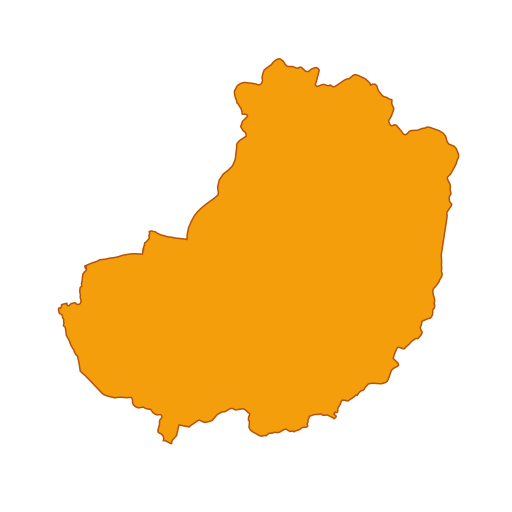 the district of Baños de Agua Santa, Tungurahua, Ecuador, rotated 9°
{"feature_id": "8360857B58135855754809", "entity_name": "Baños de Agua Santa", "entity_type": "district", "adm_level": 2, "iso_a3": "ECU", "parent_name": "Ecuador", "parent_adm1": "Tungurahua", "projection": "albers", "projection_center": [-78.297, -1.33], "detail": "fine", "context": "isolated", "style": "filled", "palette": "amber", "viewbox_px": 512, "rotation_deg": 9, "n_neighbors": 0, "source": "geoboundaries", "source_scale": "gbopen_adm2", "svg_char_len": 6009}
<svg xmlns="http://www.w3.org/2000/svg" viewBox="0 0 512 512"><g transform="rotate(9 256 256)"><path d="M434.5,116.6L428.7,115.2L426.4,112.3L424.6,108.0L421.8,105.6L417.5,103.6L407.2,101.7L404.7,101.9L402.8,103.3L400.1,104.0L396.0,106.5L390.4,107.6L388.9,108.2L387.9,108.9L385.7,112.2L384.3,112.9L382.3,112.3L379.4,109.4L374.4,105.1L373.3,104.7L372.2,104.7L369.8,106.2L368.5,105.9L367.6,105.1L365.8,101.9L367.7,97.0L369.0,90.5L369.0,89.1L368.6,87.8L367.3,86.2L366.2,84.1L365.9,80.6L365.4,80.3L363.1,80.2L360.7,79.0L357.3,78.6L355.7,77.8L351.7,74.3L350.7,73.0L348.7,69.1L347.3,67.9L346.1,67.7L344.3,68.0L342.5,69.3L342.2,69.2L342.2,68.7L341.6,67.6L340.5,66.7L336.5,64.0L328.8,61.7L325.5,61.3L323.5,62.5L320.5,66.0L317.3,67.4L315.4,68.8L308.0,75.8L306.8,76.5L306.2,76.8L305.4,76.8L302.6,75.5L302.0,75.7L301.7,76.3L300.8,76.5L299.6,76.6L296.7,75.9L295.8,76.0L294.1,76.6L290.3,78.9L289.4,79.0L288.4,78.2L287.9,77.5L287.8,76.9L288.3,74.5L289.4,62.7L288.5,61.5L287.5,60.8L286.4,60.5L284.9,60.8L281.6,62.6L278.9,65.6L276.2,65.8L271.2,62.5L269.8,62.6L267.5,64.1L266.9,64.1L262.5,63.1L258.2,63.8L256.8,63.7L254.6,61.9L253.8,60.6L251.7,58.8L248.8,57.5L246.6,58.1L245.2,59.0L242.9,61.5L241.2,64.6L236.4,69.3L235.0,71.1L234.4,73.5L234.0,78.9L235.0,81.5L234.8,83.4L234.1,85.2L232.6,86.4L230.9,86.6L229.4,86.2L224.6,86.0L220.6,86.3L217.5,86.3L216.7,86.6L214.4,87.6L211.8,89.7L210.7,91.2L208.9,96.6L209.4,99.0L210.6,102.3L212.5,105.6L213.2,107.7L214.6,108.7L217.9,112.5L219.3,115.0L220.2,118.0L220.8,118.1L222.5,117.7L224.0,117.7L225.4,118.3L225.6,118.7L225.7,119.1L225.5,119.8L221.6,125.1L220.6,130.6L223.9,134.5L226.1,135.5L227.5,138.1L227.6,139.2L221.9,144.3L219.8,147.6L219.5,148.9L219.9,151.9L220.4,163.7L218.7,170.6L215.2,175.5L210.8,180.2L207.8,186.7L207.3,193.8L209.0,199.8L208.9,201.7L205.1,206.2L200.7,210.4L195.0,216.6L191.7,220.9L188.9,225.7L188.4,227.1L186.8,231.5L185.0,238.4L184.7,245.4L185.2,250.5L182.6,250.4L173.0,250.9L169.7,250.6L166.5,250.9L158.1,249.9L154.5,248.8L153.0,247.9L148.4,247.7L146.8,248.5L146.8,248.8L147.1,249.9L147.6,250.6L147.1,252.3L147.2,253.5L147.9,254.6L147.9,255.2L145.2,259.4L144.2,260.2L143.9,261.9L144.3,263.0L143.6,264.3L143.7,265.8L143.3,266.9L144.0,267.4L143.9,268.0L143.3,268.8L143.6,270.0L143.5,272.0L136.6,272.6L131.6,273.6L124.8,275.9L119.3,278.6L116.6,279.6L111.9,281.0L107.7,282.7L102.4,284.1L101.4,284.7L100.4,285.8L94.6,288.8L88.7,292.5L89.2,292.8L88.9,293.2L90.0,293.4L89.2,294.5L89.8,294.9L90.3,294.8L90.8,296.0L90.1,296.9L90.1,297.4L89.2,298.4L88.1,300.4L88.0,301.0L87.8,301.1L88.1,307.6L87.9,310.3L88.5,312.8L88.3,313.5L87.3,314.4L87.3,317.5L87.8,319.8L88.7,321.9L88.7,323.8L89.4,325.8L90.4,327.6L90.2,328.0L90.1,329.8L89.1,331.2L87.9,331.7L86.6,331.8L85.8,331.0L84.5,330.5L83.4,330.9L80.7,332.0L79.4,334.0L78.0,334.6L77.2,334.3L76.5,332.3L72.9,333.8L71.6,334.6L71.8,336.2L71.0,338.2L69.8,338.1L69.3,338.5L69.3,340.0L69.9,341.1L70.0,342.1L70.6,343.0L71.4,343.6L73.1,344.2L73.7,344.7L74.1,345.3L74.5,346.9L76.1,349.1L76.3,351.2L76.8,352.1L76.6,354.7L76.9,355.1L78.6,356.1L80.5,361.5L80.9,363.7L85.0,369.1L87.0,372.8L89.6,376.2L90.5,376.7L91.5,378.9L93.4,381.4L95.4,383.0L98.3,390.3L100.4,397.2L106.4,401.1L126.5,416.4L130.8,417.5L138.6,418.2L143.3,416.8L151.1,416.1L154.5,415.2L155.5,415.7L156.5,417.2L157.1,420.2L158.3,422.3L161.0,423.9L163.5,424.4L168.5,422.9L170.9,423.9L174.2,424.1L175.9,423.8L178.4,426.6L181.0,428.0L183.3,428.4L186.2,427.6L187.0,427.8L187.8,428.7L188.2,429.6L188.0,430.7L186.6,433.2L186.5,434.0L187.0,437.2L186.4,443.6L186.8,445.1L187.9,445.9L189.8,446.4L192.1,448.0L193.5,450.6L193.4,452.9L194.6,452.7L196.2,452.9L200.6,454.4L201.7,454.5L202.1,454.4L201.8,452.7L202.0,451.4L205.6,445.8L206.4,434.9L216.8,435.3L217.6,434.0L225.3,426.9L231.0,428.4L232.2,428.2L236.3,426.6L238.7,425.0L242.4,418.9L243.6,417.7L247.1,415.3L250.0,414.5L254.5,410.6L257.2,410.3L259.0,411.1L260.0,411.2L267.4,408.8L270.7,410.3L272.5,411.9L274.2,412.4L274.5,413.0L274.5,413.9L273.8,416.3L274.1,417.3L274.0,419.0L275.0,419.8L275.5,421.4L275.9,426.4L277.7,428.8L279.8,430.0L287.6,432.9L289.3,433.1L293.5,431.8L294.1,432.0L296.4,429.2L300.1,428.3L301.5,427.2L304.2,427.2L305.7,426.8L307.6,425.8L308.6,424.8L311.8,422.4L312.6,422.3L316.9,424.0L319.7,423.1L321.1,423.7L322.2,422.6L323.6,422.1L324.1,421.5L325.2,421.2L326.4,420.5L328.3,418.4L329.3,417.9L332.3,417.3L333.5,416.3L333.6,415.6L332.9,414.0L332.9,413.3L333.3,412.4L333.1,409.4L333.8,407.1L333.7,406.0L336.1,404.8L337.7,403.7L342.8,402.6L344.1,401.9L345.1,402.0L346.5,402.7L347.5,402.8L349.6,402.4L350.9,401.7L357.1,403.7L358.3,404.5L358.8,404.4L360.2,402.5L360.3,401.6L357.5,399.8L358.6,397.9L359.4,398.3L360.7,397.6L361.0,397.2L361.0,395.5L360.6,394.3L360.8,393.3L362.6,388.8L362.5,387.4L363.8,384.7L365.5,384.8L366.4,384.5L367.2,384.8L369.6,384.7L375.1,379.5L376.4,377.7L377.8,377.8L378.5,376.0L380.0,373.7L380.9,372.8L382.8,371.8L383.6,371.0L384.4,368.6L386.9,364.9L390.4,363.5L399.8,362.6L403.4,360.9L405.2,359.3L406.1,356.3L407.5,348.4L408.1,347.1L409.1,345.7L413.2,342.6L413.9,341.8L413.8,341.0L413.0,339.6L407.9,336.0L407.5,335.2L408.5,329.4L409.7,325.1L410.2,324.2L411.4,323.9L412.8,323.9L415.4,324.7L416.7,324.5L417.5,323.9L418.3,322.2L418.9,321.8L421.4,318.7L422.9,316.1L426.6,312.6L428.8,312.3L431.3,308.4L432.1,306.1L431.7,304.5L430.5,303.4L429.4,300.9L430.3,297.3L429.9,294.9L430.7,294.1L435.5,291.1L437.6,290.2L438.4,289.3L439.5,286.8L439.5,284.9L439.0,282.0L439.4,280.8L440.1,280.0L440.3,277.5L440.0,276.2L439.1,274.5L439.5,273.4L439.3,271.1L437.1,266.3L436.3,263.9L436.1,262.3L436.5,260.3L438.0,258.2L440.6,253.4L441.4,250.1L442.7,246.8L442.7,244.6L441.6,242.4L441.2,238.0L440.6,236.1L440.2,232.2L438.8,226.2L438.6,188.0L438.4,185.7L437.7,183.8L437.8,182.9L441.3,175.2L441.0,173.9L439.7,173.0L438.7,171.9L437.7,168.8L437.8,166.4L438.7,164.9L438.7,163.5L437.3,159.9L437.1,156.4L436.3,154.6L433.0,150.0L432.7,148.8L433.0,147.7L435.3,144.8L438.7,135.6L439.4,133.0L439.6,129.9L440.5,127.6L440.5,125.2L439.9,123.5L436.9,118.5L434.5,116.6Z" fill="#f59e0b" stroke="#b45309" stroke-width="1.5"/></g></svg>